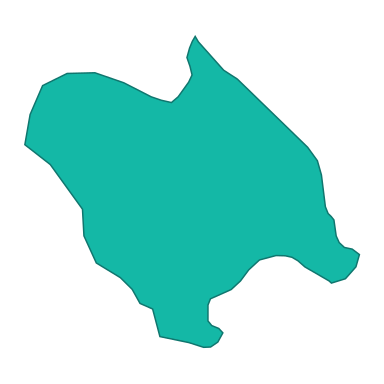 the border of Karuzi, rotated 269°
{"feature_id": "BDI-2633", "entity_name": "Karuzi", "entity_type": "Province", "adm_level": 1, "iso_a3": "BDI", "parent_name": "Burundi", "parent_adm1": "", "projection": "mercator", "projection_center": [30.088, -3.137], "detail": "fine", "context": "isolated", "style": "filled", "palette": "teal", "viewbox_px": 384, "rotation_deg": 269, "n_neighbors": 0, "source": "natural_earth", "source_scale": "10m", "svg_char_len": 925}
<svg xmlns="http://www.w3.org/2000/svg" viewBox="0 0 384 384"><g transform="rotate(269 192 192)"><path d="M48.0,157.4L75.7,150.6L81.5,138.1L95.7,130.5L107.6,118.9L122.7,95.1L150.0,83.2L176.7,82.2L221.9,50.8L242.2,25.7L272.3,31.5L301.0,44.5L312.7,69.2L312.9,97.0L302.4,125.7L287.9,152.8L284.3,162.8L281.8,173.0L287.4,179.8L301.9,190.6L309.0,194.1L317.6,192.2L326.5,189.3L336.0,192.1L342.7,195.0L347.5,197.9L342.0,201.0L313.2,225.8L304.1,239.3L234.7,308.4L221.1,317.9L206.8,321.7L174.9,325.1L168.1,327.7L165.0,330.8L161.6,333.4L145.5,335.4L138.8,338.3L133.9,343.4L132.1,351.2L126.5,358.3L114.3,354.6L102.6,343.9L98.5,329.8L100.7,327.5L115.1,303.6L121.4,296.7L125.0,290.8L126.6,284.1L127.0,274.9L122.9,258.3L113.2,247.4L102.2,238.9L93.8,229.5L84.9,208.6L78.7,206.0L62.8,205.7L58.1,209.4L55.1,216.4L50.6,220.4L41.5,215.2L36.7,207.9L36.5,200.9L41.5,186.2L48.0,157.4Z" fill="#14b8a6" stroke="#0f766e" stroke-width="1.5"/></g></svg>